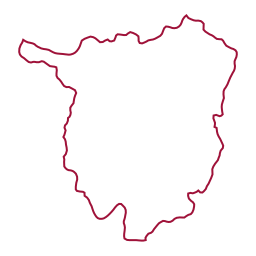 Coronel Murta, Minas Gerais, Brazil
{"feature_id": "56859067B86649493619329", "entity_name": "Coronel Murta", "entity_type": "district", "adm_level": 2, "iso_a3": "BRA", "parent_name": "Brazil", "parent_adm1": "Minas Gerais", "projection": "robinson", "projection_center": [-42.191, -16.603], "detail": "fine", "context": "isolated", "style": "outline", "palette": "rose", "viewbox_px": 256, "rotation_deg": 0, "n_neighbors": 0, "source": "geoboundaries", "source_scale": "gbopen_adm2", "svg_char_len": 3911}
<svg xmlns="http://www.w3.org/2000/svg" viewBox="0 0 256 256"><path d="M222.7,114.3L222.2,111.6L221.9,109.2L221.7,106.9L221.9,104.5L222.8,101.4L223.9,98.1L223.5,94.4L223.6,91.3L224.4,89.2L225.8,87.3L227.5,84.3L228.7,81.3L229.5,79.4L230.3,77.5L231.4,75.4L232.7,72.9L234.0,70.7L234.7,68.7L235.0,66.1L234.6,63.7L234.6,61.2L235.4,59.2L236.4,56.9L236.8,54.5L236.7,52.2L235.5,50.3L233.4,49.0L231.4,48.4L229.0,47.2L226.3,45.7L224.5,43.2L223.1,40.7L221.6,39.3L219.5,39.2L216.8,38.9L214.9,37.5L213.5,36.3L211.7,35.2L209.7,34.4L207.7,33.1L205.4,31.6L203.5,29.6L203.6,26.5L203.7,23.8L202.4,22.3L200.8,21.1L198.2,20.6L195.9,20.7L193.7,20.3L190.9,19.2L188.4,18.0L186.4,15.4L184.6,16.9L183.0,19.1L182.2,20.8L181.6,22.6L180.6,24.7L179.0,26.5L176.8,27.8L174.3,28.2L172.3,28.0L170.4,27.3L168.1,26.7L166.0,26.5L164.2,28.2L163.1,30.9L162.0,33.8L160.3,35.8L157.5,37.4L155.1,38.7L153.0,39.5L150.5,39.9L148.3,40.4L146.5,41.5L144.4,42.5L142.1,43.4L139.7,43.0L138.6,40.9L138.6,38.4L138.4,36.3L136.0,34.4L133.1,33.0L130.2,32.1L127.9,33.5L126.2,35.0L124.0,35.1L122.1,34.8L119.9,34.5L117.6,34.3L116.1,35.5L115.5,37.4L114.2,40.5L111.5,41.4L109.6,41.2L107.7,39.5L105.2,40.5L102.8,42.0L100.0,42.2L97.7,40.2L95.4,38.3L93.3,37.2L90.5,36.6L87.6,37.6L84.6,38.8L81.8,40.6L80.6,44.0L79.8,46.3L78.7,48.4L76.9,50.9L75.1,52.6L73.2,53.7L70.7,54.5L68.9,54.7L67.1,54.5L65.2,54.3L62.9,54.0L59.1,53.7L57.2,53.5L55.2,53.1L53.2,52.3L51.3,51.3L48.8,49.9L46.1,49.3L43.7,49.0L41.2,48.4L39.6,47.6L37.8,46.8L36.0,45.6L34.5,44.2L32.7,43.4L30.2,42.8L27.8,42.3L25.5,41.3L23.2,39.8L22.3,42.4L20.6,45.2L19.4,48.5L19.2,52.0L19.9,54.5L21.5,56.5L24.1,58.2L26.4,60.2L28.7,62.0L31.0,62.5L33.1,61.9L34.9,61.9L36.6,62.2L38.9,62.2L41.8,61.2L43.8,61.7L45.3,62.8L47.1,64.1L49.9,66.1L52.6,66.5L54.4,66.7L56.3,67.3L56.8,70.1L56.5,73.3L56.5,75.8L57.6,78.0L59.3,79.4L61.1,81.6L62.5,83.8L64.1,86.0L66.4,87.1L69.1,87.0L72.3,88.7L75.0,90.2L76.2,93.0L75.1,95.6L74.3,98.1L73.8,101.0L73.5,103.2L71.6,105.6L70.3,107.7L70.3,110.3L70.8,112.7L70.4,114.9L69.5,116.8L68.0,118.0L67.9,120.7L66.8,123.5L65.0,125.4L64.5,127.7L65.6,130.4L64.9,133.1L64.3,135.1L63.4,137.0L65.0,139.3L65.7,141.7L66.0,144.6L66.6,147.5L66.9,150.5L65.8,154.1L63.7,156.7L64.3,159.4L64.1,161.9L64.2,164.4L64.3,166.5L65.5,168.1L66.8,169.3L68.4,170.1L70.8,170.4L72.7,171.0L74.2,172.0L75.9,173.7L77.1,176.7L77.2,179.6L76.3,182.8L75.8,186.7L75.8,189.4L76.9,190.9L79.8,191.5L82.9,191.8L84.5,192.7L84.6,195.8L87.1,197.6L88.9,200.1L89.8,202.7L90.7,204.5L91.6,206.2L92.4,208.7L93.3,211.3L94.2,213.3L95.3,215.2L96.4,216.8L97.8,218.1L99.6,218.8L101.9,218.8L103.7,218.4L105.9,217.1L107.8,215.6L109.7,213.8L111.6,211.8L113.4,209.7L115.1,207.4L117.1,205.2L119.1,203.9L121.2,204.0L123.1,205.9L124.7,207.6L125.7,210.0L125.8,212.8L125.4,214.8L125.0,217.1L124.5,219.1L123.8,221.2L123.8,223.2L124.5,225.1L124.9,227.5L124.6,230.8L124.2,233.7L124.1,236.1L124.5,238.5L127.0,239.9L129.1,240.1L132.4,240.1L135.8,240.1L139.0,240.4L141.4,240.6L143.3,240.6L145.7,240.1L145.5,237.8L146.6,235.9L148.4,233.7L151.0,232.8L152.5,231.6L154.0,229.2L156.1,226.6L157.4,225.0L159.0,223.2L161.0,222.0L163.0,220.9L165.0,221.1L166.8,221.7L168.7,222.0L170.5,221.8L172.6,220.7L174.5,218.9L176.7,217.8L179.7,217.4L182.3,217.5L184.4,217.5L186.3,216.1L188.3,214.9L190.8,214.1L192.3,212.4L193.5,209.6L194.1,206.4L194.2,204.2L193.0,202.3L191.0,200.8L188.9,198.6L188.1,195.8L188.2,193.5L190.4,192.9L192.8,193.3L194.6,192.7L196.7,191.8L198.3,190.5L200.2,192.4L202.4,192.5L203.9,191.2L205.8,189.0L206.9,186.2L208.6,183.6L210.1,180.3L211.2,177.9L212.5,174.4L212.4,171.6L212.3,169.2L213.3,166.6L215.1,163.7L216.6,161.8L217.9,160.1L218.7,157.7L219.6,155.5L219.9,153.2L220.7,150.6L222.8,148.1L223.2,145.7L222.4,143.7L221.3,141.4L220.2,139.0L218.7,136.5L217.6,134.1L217.0,131.6L216.6,127.9L214.5,126.9L214.9,124.8L215.0,122.8L214.3,120.8L213.4,118.3L213.6,115.5L216.2,114.9L218.0,115.6L219.7,116.2L221.4,115.6L222.7,114.3Z" fill="none" stroke="#9f1239" stroke-width="2"/></svg>